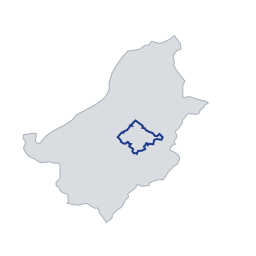 location of Stara Zagora within Bulgaria, rotated 320°
{"feature_id": "BGR-2233", "entity_name": "Stara Zagora", "entity_type": "Province", "adm_level": 1, "iso_a3": "BGR", "parent_name": "Bulgaria", "parent_adm1": "", "projection": "mercator", "projection_center": [25.503, 42.404], "detail": "coarse", "context": "in_parent", "style": "outline", "palette": "blue", "viewbox_px": 256, "rotation_deg": 320, "n_neighbors": 0, "source": "natural_earth", "source_scale": "10m", "svg_char_len": 2822}
<svg xmlns="http://www.w3.org/2000/svg" viewBox="0 0 256 256"><g transform="rotate(320 128 128)"><path d="M205.6,160.5L201.5,159.8L200.0,160.0L199.1,161.0L197.2,160.8L194.8,160.8L192.4,162.0L191.0,162.5L189.2,161.4L185.8,158.2L183.7,156.0L182.2,155.4L180.6,156.1L175.1,156.9L173.8,158.2L171.2,159.6L168.6,160.3L165.0,160.8L163.0,160.7L161.9,161.4L161.0,163.5L160.4,165.5L159.9,166.4L155.3,167.4L154.2,168.5L154.0,169.7L154.1,170.8L150.4,169.7L147.6,170.5L146.9,171.3L146.3,172.6L146.6,174.0L147.7,175.3L148.7,178.8L149.0,182.3L148.4,184.3L146.3,185.7L142.0,187.3L137.7,186.5L135.9,187.2L132.8,187.4L129.9,187.8L125.5,189.2L121.5,190.1L117.9,187.1L113.7,185.1L109.2,183.9L107.6,184.8L107.0,185.5L103.2,182.9L101.6,182.0L100.8,181.0L99.2,177.5L98.3,177.4L95.2,178.7L92.2,178.6L90.4,178.4L85.1,178.5L84.4,180.9L83.8,181.3L82.6,181.6L79.8,181.4L76.2,183.2L72.3,184.3L69.3,184.3L66.2,183.8L64.3,184.1L60.3,184.3L57.7,186.9L53.8,186.7L50.4,186.3L50.9,185.5L51.5,175.4L53.2,170.8L53.1,169.9L52.7,169.2L51.3,168.5L50.2,166.0L48.0,159.5L46.8,158.2L43.3,156.8L40.3,155.0L37.7,152.5L33.0,146.4L35.4,145.8L36.1,144.5L38.5,141.1L38.8,139.5L38.5,138.5L36.9,136.9L35.8,133.4L36.7,130.0L36.7,128.3L35.9,126.6L36.8,124.5L38.5,123.4L39.5,123.0L44.0,122.8L46.9,118.6L48.6,117.2L50.4,114.8L51.2,113.9L52.0,112.1L52.3,110.1L48.7,107.5L47.5,105.4L45.9,103.2L43.8,101.7L39.4,99.0L37.7,96.3L37.0,92.8L35.8,90.1L34.6,88.4L34.3,87.0L33.8,85.3L33.7,81.9L34.7,77.3L35.4,75.7L36.8,75.3L40.7,72.8L40.9,69.7L41.6,67.8L42.9,66.7L44.0,65.9L46.2,67.8L51.3,70.6L53.9,72.7L53.7,74.0L52.5,75.3L50.3,76.6L49.0,78.2L48.6,80.3L49.0,81.7L50.5,83.0L59.8,81.4L69.3,82.2L81.9,85.0L90.3,86.0L96.5,84.7L108.0,87.1L118.7,89.3L129.0,89.9L134.7,88.2L138.8,85.9L142.3,81.5L150.9,75.7L159.2,72.5L170.1,69.8L177.4,68.9L178.4,69.8L187.7,75.2L191.8,75.2L195.1,76.1L196.4,77.5L197.2,77.9L201.6,76.6L203.6,79.5L206.7,83.5L211.9,85.6L216.6,86.8L218.0,87.0L223.0,86.9L222.3,97.0L219.3,101.7L214.9,100.2L209.2,101.5L206.2,106.8L204.5,108.4L203.0,110.2L202.0,117.1L201.8,128.4L199.6,129.7L197.7,130.2L189.5,140.0L194.2,142.8L196.3,144.9L199.7,150.7L204.6,157.3L205.6,160.5Z" fill="#d9dde1" stroke="#a8b0b8" stroke-width="1"/><path d="M118.7,138.3L116.3,138.6L114.6,137.0L113.7,133.9L114.6,132.9L114.2,128.4L120.4,127.4L121.4,128.7L122.6,127.9L125.8,129.0L130.2,128.2L130.9,127.4L132.5,128.9L132.7,127.7L138.5,127.0L140.7,135.9L139.1,137.1L140.7,139.0L140.4,140.8L141.2,143.4L143.7,148.1L143.5,151.2L145.0,153.0L148.3,152.8L148.6,157.4L146.0,158.5L142.8,154.8L140.3,154.0L136.9,156.7L134.1,153.7L132.3,153.9L132.8,151.9L131.8,151.4L130.3,152.4L128.3,152.4L127.5,155.2L123.9,154.2L121.0,152.0L118.4,153.3L118.5,152.7L116.5,151.5L116.1,149.9L116.5,148.5L118.4,147.5L117.2,142.8L119.9,142.1L118.6,140.6L119.2,139.1L118.7,138.3Z" fill="none" stroke="#1e3a8a" stroke-width="2"/></g></svg>